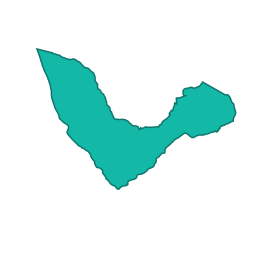 the district of Berbeo, Boyacá, Colombia, rotated 280°
{"feature_id": "7082276B20026203821701", "entity_name": "Berbeo", "entity_type": "district", "adm_level": 2, "iso_a3": "COL", "parent_name": "Colombia", "parent_adm1": "Boyacá", "projection": "orthographic", "projection_center": [-73.104, 5.23], "detail": "fine", "context": "isolated", "style": "filled", "palette": "teal", "viewbox_px": 256, "rotation_deg": 280, "n_neighbors": 0, "source": "geoboundaries", "source_scale": "gbopen_adm2", "svg_char_len": 5835}
<svg xmlns="http://www.w3.org/2000/svg" viewBox="0 0 256 256"><g transform="rotate(280 128 128)"><path d="M153.1,230.4L153.8,230.4L154.5,230.2L155.9,230.2L156.5,230.2L158.5,231.0L160.9,231.4L161.7,231.4L162.2,231.3L162.7,231.0L164.2,230.4L166.4,229.2L168.8,228.4L169.9,227.9L170.3,227.6L171.3,226.0L171.9,225.4L174.7,223.9L176.2,222.8L177.1,221.8L177.7,221.2L178.0,220.5L178.0,220.3L177.8,219.4L177.4,218.3L186.2,193.5L185.9,193.5L185.4,193.3L184.0,192.4L183.0,192.0L182.4,191.6L181.7,191.3L181.5,191.2L180.9,190.0L180.6,189.3L179.7,188.4L179.4,187.9L179.2,187.5L179.2,187.3L178.7,186.0L178.7,185.3L178.8,184.9L178.9,184.4L179.0,183.9L179.0,183.3L178.9,182.7L177.9,180.6L177.0,179.1L177.0,178.5L177.1,177.9L175.8,176.5L175.2,176.1L174.7,175.9L174.0,176.0L173.4,175.9L171.9,176.3L171.1,176.3L170.6,176.6L169.7,177.2L169.6,177.5L169.6,178.6L168.0,176.0L166.5,173.1L166.3,172.9L166.1,172.1L166.3,171.5L166.1,170.9L165.8,170.4L161.6,171.4L161.2,171.5L160.2,171.8L160.1,171.7L160.4,171.0L160.4,170.8L160.8,170.1L160.9,169.8L160.7,169.6L159.9,169.7L159.5,169.9L156.1,169.4L155.4,169.2L153.7,169.2L152.8,169.1L152.7,169.0L153.0,167.8L151.2,166.9L149.1,166.1L148.2,167.3L147.4,166.7L144.7,165.2L143.9,164.4L143.6,164.2L142.3,162.9L141.9,162.3L140.8,161.4L140.3,161.0L139.5,160.9L138.6,160.3L137.8,160.2L137.3,159.9L137.0,159.8L136.8,159.7L136.7,159.3L136.2,158.3L134.6,158.2L133.1,152.2L131.8,146.0L132.0,146.0L132.4,145.6L130.5,142.8L129.8,141.9L130.5,140.5L128.4,139.9L128.5,139.2L128.8,138.9L129.7,138.6L130.2,138.1L130.9,137.7L131.1,137.2L131.2,136.4L131.4,135.5L131.4,134.8L131.1,133.7L131.1,132.7L131.3,132.0L131.4,131.6L132.1,130.7L132.6,129.8L132.7,129.4L132.9,129.1L133.4,128.1L133.8,127.9L134.3,127.4L134.7,126.6L135.6,123.8L135.6,122.2L135.6,120.9L135.3,120.3L135.3,119.7L135.0,119.0L134.7,117.3L134.8,116.6L134.6,116.0L134.6,113.6L135.0,112.8L135.7,112.0L136.9,111.5L137.7,110.8L139.5,109.6L140.1,109.3L140.8,109.1L141.1,108.9L141.5,107.8L142.0,107.5L144.5,106.7L145.2,106.2L145.7,105.6L146.8,103.9L147.4,103.1L147.9,102.7L148.5,102.6L149.1,102.6L149.9,102.4L151.6,101.4L152.4,101.0L153.6,100.6L154.2,100.2L155.1,99.3L155.9,98.7L156.6,98.4L157.0,98.0L157.2,97.7L157.3,97.2L157.7,96.4L158.1,95.8L158.7,95.3L159.4,94.9L160.1,94.3L160.6,93.7L161.0,93.0L161.5,91.4L161.8,91.2L162.1,91.2L163.1,91.0L164.1,90.5L165.4,90.5L165.8,90.4L166.2,90.1L166.4,89.5L167.5,88.9L167.7,88.5L168.1,87.9L168.7,87.5L172.4,86.7L173.5,86.2L175.9,84.7L176.7,83.6L177.6,81.5L179.6,79.0L179.9,77.9L180.0,76.4L180.3,75.1L180.3,74.1L180.5,73.6L181.4,73.0L182.1,71.9L183.2,70.5L183.8,69.9L184.9,68.0L184.8,67.1L184.8,66.5L185.5,65.8L186.0,64.9L186.4,63.6L186.4,62.8L186.6,62.1L185.9,61.0L185.7,60.5L185.5,59.7L185.5,58.8L185.3,58.5L185.5,55.8L185.4,55.3L185.5,54.6L185.9,54.1L186.1,52.5L186.3,50.7L186.9,49.4L187.4,48.8L187.6,48.3L187.7,47.7L187.8,47.3L187.9,45.4L188.2,43.4L188.2,42.8L188.4,41.7L188.5,40.5L188.9,40.3L189.0,39.7L189.1,39.2L188.8,38.4L188.9,38.0L189.1,37.4L190.0,24.6L188.7,25.4L182.0,29.2L178.2,31.0L177.2,31.7L177.0,32.0L176.2,32.3L175.2,32.5L174.5,32.9L172.5,34.3L170.6,35.2L166.3,38.4L163.8,40.1L162.4,40.7L161.5,41.4L157.9,43.3L156.0,44.2L153.5,45.1L151.0,46.2L149.9,46.4L147.4,46.8L144.7,47.6L136.1,52.2L134.7,53.0L133.8,53.6L130.9,56.1L130.1,56.7L128.6,57.6L125.4,58.9L124.1,61.0L122.5,63.2L121.8,64.7L120.5,68.0L119.5,69.0L118.2,69.4L116.8,69.4L115.6,69.0L113.4,68.7L112.8,68.8L110.7,70.6L108.6,73.2L105.5,77.4L103.6,80.3L102.5,81.8L101.9,82.5L101.8,82.8L101.6,84.5L101.4,84.9L100.4,86.1L100.2,86.5L100.2,87.0L100.1,87.3L100.0,88.3L99.4,89.5L98.6,90.6L98.3,92.1L97.9,93.1L97.5,93.4L96.8,94.1L96.7,94.4L96.2,94.7L95.5,95.5L94.4,95.9L93.8,96.3L92.9,97.0L92.5,97.1L91.8,97.7L90.9,98.9L90.7,99.1L90.4,99.2L90.2,99.4L90.0,100.0L89.9,100.2L89.3,100.5L89.2,100.9L89.0,101.1L88.8,101.2L87.9,101.2L87.5,101.3L87.1,101.4L86.1,102.3L85.6,102.5L84.7,103.1L84.1,103.8L83.9,104.0L83.7,104.6L83.8,105.2L83.8,105.7L83.5,107.8L82.7,109.1L82.4,109.6L81.9,109.9L81.5,110.4L81.1,110.6L80.4,110.8L79.8,110.7L79.3,110.9L78.9,111.1L78.7,111.3L77.4,112.9L76.7,113.7L75.3,114.7L74.9,115.1L74.6,115.4L73.9,115.5L73.8,116.3L73.6,116.7L73.2,117.2L72.5,117.6L72.3,117.9L72.0,118.4L71.4,119.7L70.4,119.9L70.0,120.3L69.9,120.6L69.8,121.3L69.1,122.3L68.8,124.2L68.4,125.5L67.5,126.4L66.9,127.2L66.2,127.9L66.0,128.1L66.0,128.4L66.3,129.1L66.4,129.9L67.0,130.1L67.6,130.6L68.2,130.9L68.6,131.3L69.6,132.4L69.9,133.1L70.2,133.6L70.6,135.3L71.8,137.2L72.4,137.6L73.1,137.6L74.2,137.2L74.7,137.2L75.1,137.3L75.5,137.5L77.2,139.8L77.6,140.5L78.1,141.9L78.5,142.7L79.5,144.2L79.9,144.6L81.4,145.1L83.0,145.4L83.5,145.6L83.8,146.0L84.2,146.6L84.5,148.2L84.7,148.7L85.2,149.7L86.0,150.9L86.3,151.4L88.9,153.8L90.1,154.5L90.7,154.7L91.1,154.9L91.9,156.1L92.4,157.1L94.2,159.6L94.6,159.9L96.1,160.2L97.1,160.3L97.5,160.5L98.0,161.0L98.6,161.3L100.6,161.5L101.4,161.4L102.3,161.1L102.7,161.1L103.2,161.3L103.5,161.7L104.5,162.9L105.4,163.6L105.9,163.9L108.9,165.7L109.2,166.4L109.4,167.4L109.7,168.3L110.3,168.5L111.1,168.4L113.2,168.3L113.9,168.4L115.1,168.9L117.1,170.4L117.8,171.2L118.8,171.9L120.6,173.2L121.1,173.5L122.0,174.4L123.9,175.5L124.7,176.3L125.8,177.3L126.9,179.0L129.5,181.3L130.2,182.2L131.3,183.0L132.2,184.0L132.9,185.2L132.9,186.3L131.3,189.6L130.7,190.5L130.2,191.4L129.9,192.1L129.8,192.8L130.0,194.4L131.9,196.4L132.4,197.4L133.5,199.5L133.7,200.9L134.2,203.5L135.7,206.3L136.6,208.6L137.1,209.2L137.6,209.7L137.9,210.1L138.4,211.8L139.1,213.2L139.5,213.5L140.1,213.8L139.7,215.1L139.6,216.1L139.7,216.6L140.2,216.9L140.4,216.8L140.9,216.6L141.2,216.8L141.4,217.5L141.9,217.6L142.6,217.5L143.0,218.1L143.5,218.6L145.1,218.7L145.6,219.1L146.2,219.7L146.2,220.2L146.5,220.6L146.8,220.8L147.0,221.4L147.5,222.4L147.9,222.9L149.2,224.4L149.9,226.1L150.8,227.1L151.3,227.4L152.6,229.8L153.1,230.4Z" fill="#14b8a6" stroke="#0f766e" stroke-width="1.5"/></g></svg>